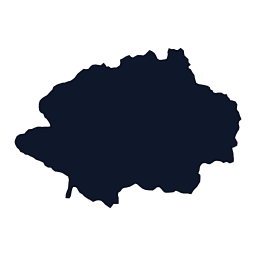 Carmo da Cachoeira, Minas Gerais, Brazil (Mercator projection)
{"feature_id": "56859067B43602016556704", "entity_name": "Carmo da Cachoeira", "entity_type": "district", "adm_level": 2, "iso_a3": "BRA", "parent_name": "Brazil", "parent_adm1": "Minas Gerais", "projection": "mercator", "projection_center": [-45.2, -21.454], "detail": "fine", "context": "isolated", "style": "filled", "palette": "ink", "viewbox_px": 256, "rotation_deg": 0, "n_neighbors": 0, "source": "geoboundaries", "source_scale": "gbopen_adm2", "svg_char_len": 3102}
<svg xmlns="http://www.w3.org/2000/svg" viewBox="0 0 256 256"><path d="M209.1,87.6L206.9,86.4L204.2,85.8L201.0,85.2L198.3,84.8L195.6,83.3L194.9,80.9L194.1,78.1L193.7,75.3L191.9,72.9L190.3,69.9L187.9,68.6L187.9,66.1L189.7,64.7L187.8,62.7L187.7,59.5L185.6,57.6L183.9,55.9L183.4,53.9L183.1,50.9L180.6,48.8L178.1,50.8L175.9,50.7L173.8,49.7L171.8,50.0L169.2,49.1L168.2,52.2L168.6,54.4L168.0,57.0L167.0,59.7L164.0,60.2L161.4,60.6L159.1,60.6L156.8,59.1L155.1,55.3L153.8,53.4L151.8,52.0L149.7,50.9L147.4,53.2L145.9,54.8L143.5,56.2L140.3,55.8L137.6,55.8L135.4,57.0L133.1,58.4L130.7,57.6L129.2,55.9L126.3,57.0L123.0,59.1L120.8,60.1L121.1,63.0L120.4,65.8L116.8,68.2L114.0,68.2L110.8,68.9L108.4,67.1L106.1,67.6L104.9,65.4L103.6,63.8L101.0,66.1L98.4,65.7L95.5,65.2L92.6,65.6L90.7,67.2L88.8,69.6L86.2,70.0L83.8,69.6L81.3,71.6L78.2,74.1L76.5,76.3L75.4,78.1L73.3,79.8L70.9,81.4L67.9,82.2L64.9,83.4L62.8,83.4L60.4,84.2L57.3,85.2L54.0,87.3L53.0,90.0L51.1,91.8L49.3,93.8L47.6,95.7L45.2,97.1L42.6,98.7L40.4,101.0L39.6,103.8L39.5,107.3L39.9,110.2L41.3,112.1L43.9,113.3L45.2,116.9L47.2,118.5L48.6,120.4L49.8,122.3L50.8,124.3L51.1,127.0L48.3,127.5L44.7,127.4L42.3,127.7L40.0,127.4L38.0,127.4L34.8,128.4L32.1,129.7L28.8,130.0L26.4,132.3L24.9,134.3L22.7,134.6L19.9,135.0L17.3,136.7L16.0,139.5L15.4,141.5L15.7,143.8L17.5,147.2L19.7,149.1L20.8,151.2L23.8,152.4L25.5,153.9L28.1,154.1L30.2,155.4L32.1,156.2L33.9,157.1L36.3,159.0L40.2,160.3L43.9,162.0L45.4,165.1L48.3,166.8L51.4,166.9L53.4,169.4L55.4,170.8L58.0,171.1L60.4,171.6L62.5,172.2L64.3,173.3L66.2,174.6L68.7,175.9L69.7,179.8L69.3,182.1L69.1,184.5L68.9,187.3L68.5,189.3L67.6,191.3L66.6,194.3L66.3,197.4L69.0,197.6L70.1,195.8L70.5,193.7L70.9,191.2L71.5,188.6L72.7,186.3L75.5,186.2L77.6,187.6L78.6,189.8L80.2,192.2L82.8,193.7L84.6,195.7L86.7,197.1L88.5,198.4L90.6,199.3L93.1,201.1L95.9,199.9L98.4,199.5L101.4,200.0L103.9,202.1L105.5,203.9L108.0,205.7L110.2,207.2L112.0,204.8L113.3,203.0L115.4,203.2L117.9,203.2L117.9,200.9L117.9,197.9L117.1,195.0L117.6,192.3L120.1,190.6L121.5,188.4L123.6,187.2L126.4,186.8L129.6,186.0L132.6,184.4L135.1,182.8L137.4,183.5L139.7,185.5L142.6,187.9L145.7,189.2L149.3,189.6L152.6,189.7L154.6,188.4L156.3,186.7L159.4,186.3L161.7,188.3L163.6,190.7L165.2,191.9L167.5,192.0L170.2,191.8L173.3,191.5L175.9,189.7L178.8,191.0L181.4,192.3L183.9,192.8L187.6,192.7L190.9,193.4L192.3,191.0L193.8,189.0L195.5,187.4L196.9,185.8L198.0,183.9L199.4,181.7L199.7,178.1L199.6,175.2L197.4,173.5L198.7,170.3L199.2,166.6L200.6,164.2L202.6,162.5L205.5,162.3L207.6,163.2L209.6,163.5L212.1,162.1L214.3,160.5L216.5,160.0L219.1,160.3L221.4,160.8L223.5,162.2L226.6,161.0L229.8,162.6L233.0,161.4L233.1,158.5L232.8,156.0L232.7,153.5L232.0,150.8L231.3,147.4L234.0,146.5L236.5,145.1L236.8,142.5L235.6,140.3L234.2,138.0L235.3,134.6L236.8,131.6L238.3,129.3L238.7,127.1L237.9,124.3L238.3,121.1L240.6,119.0L239.3,116.2L238.2,112.4L236.1,109.8L236.2,107.3L236.6,104.7L235.1,102.1L231.9,101.1L229.8,101.0L228.8,98.8L227.1,97.2L226.2,94.9L223.8,95.1L221.5,93.5L218.7,93.3L215.3,93.8L212.8,92.9L212.1,91.0L209.9,90.0L209.1,87.6Z" fill="#0f172a" stroke="#020617" stroke-width="1.5"/></svg>